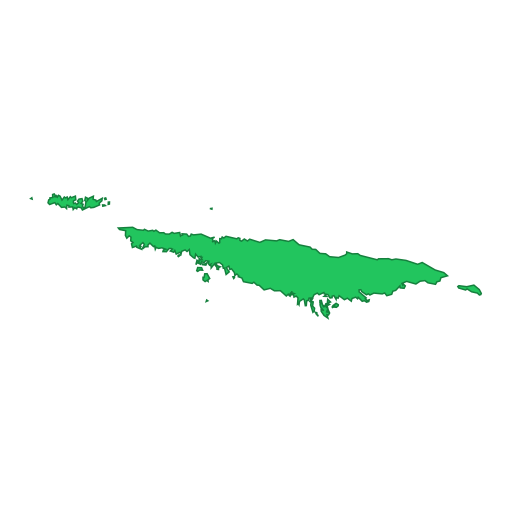 the district of Kepulauan Yapen, Papua, Indonesia
{"feature_id": "22746128B96094928872069", "entity_name": "Kepulauan Yapen", "entity_type": "district", "adm_level": 2, "iso_a3": "IDN", "parent_name": "Indonesia", "parent_adm1": "Papua", "projection": "robinson", "projection_center": [135.942, -1.72], "detail": "fine", "context": "isolated", "style": "filled", "palette": "green", "viewbox_px": 512, "rotation_deg": 0, "n_neighbors": 0, "source": "geoboundaries", "source_scale": "gbopen_adm2", "svg_char_len": 6079}
<svg xmlns="http://www.w3.org/2000/svg" viewBox="0 0 512 512"><path d="M132.7,227.3L118.3,228.0L119.5,229.5L125.7,230.7L125.4,235.4L126.8,238.2L129.2,235.8L131.0,237.2L130.7,240.8L133.0,242.5L131.5,243.8L132.4,247.5L136.5,246.1L136.8,247.3L141.1,249.1L139.7,246.2L140.8,246.3L140.1,245.0L142.9,242.6L144.3,244.4L142.2,249.1L145.2,246.8L148.0,246.7L147.9,245.1L149.9,243.1L153.5,246.6L154.7,246.0L155.3,249.3L156.2,247.4L158.5,248.4L161.8,247.8L165.9,249.2L163.4,250.0L162.9,251.6L166.4,251.7L169.1,248.5L171.4,248.5L172.5,249.1L170.3,251.0L173.7,252.2L174.8,250.5L176.2,254.1L179.9,252.3L181.0,254.1L181.7,251.3L185.1,249.9L187.0,251.5L189.3,249.5L190.0,254.7L193.6,257.8L194.9,258.3L195.6,254.1L198.0,256.9L201.0,256.4L200.9,257.4L202.0,257.4L201.3,258.5L202.3,259.8L200.5,259.9L199.1,258.4L199.1,261.9L197.0,260.2L195.9,264.6L197.3,262.7L200.6,264.3L201.4,261.8L204.1,262.5L205.6,260.7L208.9,261.2L208.4,263.7L209.4,264.9L210.7,264.3L209.9,265.4L211.2,266.0L211.2,267.9L214.3,264.0L216.9,267.4L217.0,269.3L218.5,269.5L218.7,267.5L220.2,266.8L217.3,265.7L215.6,263.1L219.5,262.5L222.5,264.8L223.3,268.3L224.5,268.1L226.1,274.5L229.2,271.9L226.3,267.6L228.8,266.1L229.9,269.5L231.5,268.8L234.4,272.6L234.9,275.4L236.9,274.0L238.8,275.9L238.3,276.7L241.9,278.0L243.5,281.7L252.2,283.4L253.9,282.2L257.0,285.1L259.2,285.3L264.1,289.9L270.3,288.3L274.4,290.8L280.4,290.7L286.3,296.0L288.3,294.1L289.6,294.7L291.1,292.4L289.1,295.5L290.1,296.2L291.9,291.2L291.9,292.8L293.6,293.4L291.9,293.7L292.1,294.8L293.5,294.1L294.0,297.1L296.3,296.1L298.0,298.0L297.5,304.3L298.4,303.7L299.0,304.8L299.5,301.4L303.3,298.9L304.3,299.9L305.3,305.7L306.3,305.6L306.7,300.7L308.2,300.5L309.0,298.1L312.5,297.9L314.1,294.7L317.3,293.1L319.1,294.7L323.9,292.5L324.3,293.9L327.9,294.6L330.1,298.0L332.1,297.7L332.1,296.2L333.9,295.6L336.1,299.4L336.3,297.5L338.1,298.2L339.1,295.7L344.4,299.7L347.4,298.2L351.3,301.2L352.0,298.5L355.7,297.2L357.6,298.8L358.2,297.3L362.2,301.3L364.4,300.7L366.6,302.2L368.8,301.5L369.2,299.8L367.0,300.5L365.3,298.7L366.2,297.9L359.1,291.9L359.1,289.8L360.8,289.7L361.7,291.5L366.4,294.8L368.4,293.8L369.9,295.0L373.9,293.1L382.2,293.9L384.7,293.0L386.8,295.7L391.7,294.3L392.8,291.2L395.7,290.4L399.9,285.9L400.2,287.9L404.1,288.3L405.3,285.9L403.3,284.1L402.8,285.2L401.9,283.4L406.6,281.4L415.9,284.0L420.1,281.2L425.0,280.6L427.9,282.8L435.5,284.3L436.9,281.8L439.9,281.0L440.9,277.7L447.5,275.8L443.8,272.6L435.2,270.0L422.2,262.5L417.7,264.3L406.0,260.4L395.9,259.0L391.8,259.8L388.6,258.7L378.5,258.8L377.3,259.8L360.1,255.4L357.8,253.7L352.3,253.9L346.7,252.0L346.7,253.8L345.1,255.1L338.6,257.5L329.6,256.7L325.7,253.8L319.9,253.4L315.7,249.4L312.2,249.3L310.1,247.1L299.1,244.8L293.1,239.6L288.6,241.4L279.6,239.7L276.7,240.9L265.5,239.9L259.8,242.4L249.7,239.2L247.5,241.0L244.3,239.0L241.5,241.2L239.8,240.3L239.9,238.4L238.2,237.8L236.8,238.8L226.0,236.3L223.8,238.0L222.2,237.0L221.5,238.7L219.8,238.6L219.7,242.7L218.9,243.2L216.5,241.1L215.4,243.2L214.9,240.7L212.1,242.0L213.3,241.0L212.2,238.7L214.6,237.1L210.5,238.2L201.1,234.1L193.6,234.9L191.2,234.1L190.4,236.0L188.5,236.4L186.7,234.1L182.2,233.8L182.9,235.6L182.1,234.8L180.5,236.1L179.7,232.5L174.1,233.4L172.1,232.3L169.3,234.1L165.4,234.0L163.8,232.7L159.6,232.8L155.9,230.1L153.9,231.3L152.7,230.3L148.2,231.1L144.4,229.3L143.5,230.3L137.0,229.6L132.7,227.3ZM54.2,193.9L52.6,194.5L52.7,197.5L49.9,197.9L50.0,199.1L48.7,199.9L48.0,202.8L49.6,204.5L54.8,202.6L56.3,204.8L57.8,203.5L61.5,207.4L64.9,207.0L66.6,208.6L66.9,205.2L68.9,205.6L68.9,207.1L72.7,206.9L73.2,209.5L74.7,207.7L76.7,208.8L77.2,207.3L78.6,207.1L81.3,207.9L82.4,210.0L89.4,206.6L90.8,207.8L93.8,207.4L99.6,204.9L99.2,203.2L101.9,200.8L102.2,198.3L96.4,201.5L95.9,200.1L93.1,199.3L93.4,196.2L89.4,198.0L87.6,200.2L87.7,198.3L85.5,197.2L84.8,200.4L86.0,201.6L85.1,207.0L83.7,208.0L82.4,206.1L83.1,204.3L81.1,203.4L82.8,201.1L82.0,198.6L79.0,199.1L77.5,201.1L78.7,202.7L76.7,204.5L75.3,203.0L73.7,203.6L73.3,202.4L73.5,200.8L75.8,199.8L75.4,196.1L71.3,197.7L70.3,196.7L67.9,199.7L67.2,197.0L65.4,197.9L64.3,197.0L62.0,200.1L60.1,196.2L58.5,195.3L57.4,197.1L56.7,195.9L56.2,196.9L54.6,196.7L55.5,195.7L54.2,193.9ZM473.9,285.1L466.8,286.7L458.9,285.7L457.8,286.5L458.7,288.0L465.6,290.0L467.1,288.9L471.6,291.8L477.4,293.1L479.4,295.0L480.8,294.6L481.3,293.4L479.3,289.6L473.9,285.1ZM322.2,303.9L320.9,303.3L320.0,304.7L320.7,307.2L323.8,310.7L321.1,309.4L321.2,311.3L324.0,315.4L327.9,318.1L326.9,314.6L328.5,315.0L329.6,313.0L328.5,310.5L327.9,312.2L326.6,311.9L327.9,308.7L327.3,306.5L326.4,307.3L326.2,306.7L327.2,303.7L325.9,303.7L324.6,306.4L323.5,305.6L323.7,307.4L322.2,303.9ZM207.1,273.7L204.7,273.8L204.1,277.4L203.0,277.3L203.0,279.9L205.1,281.6L206.9,280.5L208.1,281.4L208.0,279.8L209.7,278.5L207.1,273.7ZM310.6,299.7L310.5,298.8L309.8,301.5L311.1,302.4L310.7,305.0L312.9,312.3L314.2,311.0L314.6,308.2L312.6,306.1L313.2,301.9L311.0,301.4L312.3,299.1L310.6,299.7ZM336.1,303.3L332.7,305.8L334.7,305.2L334.7,306.3L333.1,306.3L333.4,307.0L336.4,307.3L338.2,305.8L338.3,304.7L336.1,303.3ZM201.6,267.7L197.7,267.5L196.7,270.7L197.7,271.4L199.7,270.0L202.6,270.2L201.6,267.7ZM330.5,302.0L327.7,299.3L327.3,303.3L330.5,302.0ZM206.9,262.8L204.4,264.3L202.4,263.9L202.5,264.7L205.9,265.1L206.9,262.8ZM321.3,300.4L319.9,300.5L319.9,302.9L322.0,302.9L321.3,300.4ZM109.4,204.1L109.5,202.0L108.3,202.1L108.2,204.4L109.4,204.1ZM102.6,204.9L102.8,206.2L105.4,205.6L104.7,205.0L102.6,204.9ZM212.0,208.3L209.9,208.6L211.9,209.2L212.0,208.3ZM105.7,197.9L104.5,198.3L105.0,199.6L106.2,199.2L105.7,197.9ZM324.1,296.3L326.6,296.4L325.3,295.3L324.1,296.3ZM234.5,276.5L232.9,276.8L233.7,278.5L234.5,277.6L234.5,276.5ZM179.1,254.8L177.9,256.0L178.4,256.6L180.3,255.2L179.1,254.8ZM206.2,301.5L207.8,300.8L206.7,300.0L206.2,301.5ZM329.5,304.4L327.8,303.7L327.5,304.3L328.4,305.1L329.5,304.4ZM32.1,199.1L31.8,197.8L30.7,198.6L32.1,199.1ZM316.8,312.7L315.3,312.3L317.0,314.3L316.8,312.7ZM317.8,315.1L317.0,314.9L318.2,316.3L317.8,315.1ZM332.2,307.0L332.8,308.1L332.4,306.3L332.2,307.0Z" fill="#22c55e" stroke="#15803d" stroke-width="1.5"/></svg>